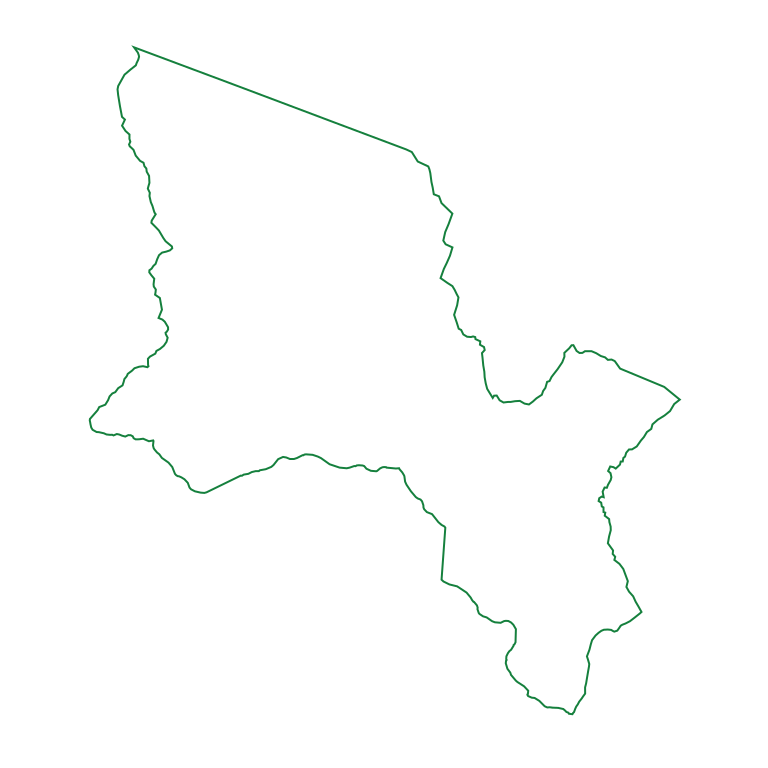 Kerowagi District, Chimbu, Papua New Guinea, rotated 276°
{"feature_id": "67681753B87075693473901", "entity_name": "Kerowagi District", "entity_type": "district", "adm_level": 2, "iso_a3": "PNG", "parent_name": "Papua New Guinea", "parent_adm1": "Chimbu", "projection": "mercator", "projection_center": [144.832, -5.936], "detail": "fine", "context": "isolated", "style": "outline", "palette": "green", "viewbox_px": 768, "rotation_deg": 276, "n_neighbors": 0, "source": "geoboundaries", "source_scale": "gbopen_adm2", "svg_char_len": 5868}
<svg xmlns="http://www.w3.org/2000/svg" viewBox="0 0 768 768"><g transform="rotate(276 384 384)"><path d="M184.2,663.9L189.2,660.4L193.8,657.0L198.9,654.0L203.1,649.4L207.5,646.3L213.4,647.1L225.1,641.3L229.7,637.0L233.1,631.5L236.3,632.0L238.9,629.2L242.4,629.2L249.0,623.3L255.9,623.8L262.3,624.8L265.9,624.3L270.2,622.6L273.2,622.0L276.1,617.3L279.2,617.5L279.6,615.7L284.2,615.2L285.0,613.4L288.7,612.4L290.0,609.7L292.9,610.0L294.8,612.3L294.4,614.3L299.8,612.7L304.1,614.2L304.1,616.5L307.2,617.3L312.2,619.5L315.1,619.9L319.0,618.6L320.9,616.0L325.6,617.6L325.3,620.9L324.1,623.3L328.5,627.1L331.6,627.5L331.9,629.5L335.5,629.8L337.0,631.3L341.0,632.1L344.5,634.5L344.9,637.5L348.3,641.9L354.6,645.4L358.4,648.0L363.7,650.5L367.3,654.5L371.9,655.2L377.1,660.0L382.0,666.3L387.0,671.3L394.4,674.7L399.4,679.8L410.4,663.0L424.0,617.2L430.8,611.2L431.1,610.6L432.1,607.8L431.4,604.1L433.6,601.1L434.5,596.7L436.8,591.9L438.3,587.0L437.6,580.4L435.7,578.1L435.3,575.2L437.0,572.1L442.4,568.3L442.1,566.5L438.9,564.5L433.8,560.1L430.0,560.6L424.2,559.0L416.9,555.1L411.8,551.9L408.5,549.9L404.2,548.3L403.2,546.0L397.0,544.9L393.7,543.0L389.8,542.1L385.7,537.1L382.1,533.9L378.8,530.3L379.2,525.8L381.4,520.9L380.6,516.1L379.4,511.8L379.1,509.1L378.1,504.8L379.9,500.7L384.3,497.3L383.9,494.7L381.5,493.6L387.1,489.3L390.0,487.1L395.3,485.1L401.2,483.4L406.7,482.5L412.8,480.8L420.1,479.3L425.0,478.2L428.3,480.6L431.2,479.6L433.1,475.3L436.5,475.3L438.2,470.3L440.2,469.8L440.6,467.6L439.8,465.6L439.7,461.7L441.6,457.7L445.8,455.1L446.8,452.5L452.8,449.9L460.1,446.5L469.9,448.5L477.9,449.0L481.0,446.9L484.9,444.5L488.5,441.8L491.2,436.4L493.6,432.1L495.2,429.2L504.7,431.5L511.0,433.8L518.5,436.2L527.0,437.8L529.4,430.7L532.8,428.0L541.5,429.0L549.7,431.5L560.6,434.2L569.9,422.3L576.4,419.1L577.9,413.7L584.4,411.9L589.8,410.1L598.6,408.0L602.3,406.7L605.0,405.3L608.8,394.3L617.6,387.4L619.6,381.6L638.8,307.8L666.2,202.8L692.7,100.2L689.5,103.1L687.8,104.6L685.5,105.7L683.9,106.2L680.9,105.7L677.2,104.4L675.0,103.9L670.2,99.0L664.5,93.6L652.6,88.5L649.2,88.2L643.6,89.4L632.6,92.4L622.3,95.5L619.9,98.7L613.5,96.5L608.6,100.5L605.5,104.8L601.2,105.2L598.4,106.4L595.6,105.4L593.8,106.3L592.5,108.1L590.7,110.4L585.2,113.2L580.4,118.1L578.9,121.7L575.5,123.0L573.5,125.1L570.4,125.8L566.4,128.6L559.5,129.7L555.7,129.0L553.6,128.7L549.7,131.1L546.4,131.1L540.5,133.1L536.9,135.1L532.1,137.1L530.4,137.9L529.0,139.2L522.2,135.9L520.0,135.8L517.5,138.9L515.6,141.2L513.1,144.1L510.0,146.4L506.1,149.3L503.1,151.9L498.6,158.7L496.8,159.2L494.5,157.1L492.9,153.6L491.5,149.6L488.6,146.8L484.4,145.4L479.6,144.3L477.3,142.3L474.4,140.8L472.6,138.8L470.5,138.9L467.8,141.3L464.7,144.5L459.1,144.4L456.8,144.9L454.1,147.2L451.3,147.2L448.9,147.0L446.1,152.1L439.5,154.0L434.7,155.4L426.1,152.9L425.6,154.5L424.9,156.9L423.0,159.5L417.9,163.3L415.6,163.6L413.3,162.5L412.2,161.4L410.7,161.8L407.4,164.0L403.2,163.3L399.0,161.0L395.4,157.5L393.1,154.2L390.3,153.4L386.8,148.4L384.4,146.6L378.1,147.4L377.1,147.9L376.0,147.0L376.5,142.5L375.6,138.7L373.6,134.2L370.9,132.0L367.3,128.1L365.9,127.7L364.6,127.2L361.8,125.3L359.0,124.9L355.3,124.1L352.1,120.1L347.8,117.6L346.2,114.8L343.0,112.4L339.1,111.3L334.3,109.0L331.3,103.2L328.0,101.9L318.5,95.2L316.9,95.2L315.1,95.8L313.3,96.3L310.1,97.4L308.0,99.0L306.2,103.2L306.3,105.5L305.7,110.6L304.8,113.3L304.8,116.9L305.1,118.9L304.6,120.4L306.3,123.5L306.1,125.9L305.7,127.3L305.2,128.9L304.7,132.2L306.4,135.0L306.6,137.4L305.7,139.6L303.9,140.7L303.0,142.7L303.4,146.1L304.4,150.2L302.5,156.2L304.0,161.1L303.6,160.7L302.2,160.7L298.7,160.7L296.2,161.6L295.0,162.5L292.2,165.4L290.6,167.9L287.3,170.8L283.3,177.9L279.3,182.1L272.8,185.5L271.6,186.8L270.8,188.4L270.8,189.7L270.0,192.2L268.4,195.5L265.2,199.2L260.7,201.4L259.1,203.1L257.5,207.2L256.8,213.0L256.9,216.7L257.7,218.8L277.9,251.1L277.9,252.3L279.2,253.9L280.5,258.5L282.6,261.7L283.9,265.4L284.3,268.7L285.2,269.5L286.9,275.3L289.8,280.6L291.9,282.6L298.2,286.6L300.9,291.2L300.7,294.5L299.6,298.2L300.0,302.3L301.3,305.2L304.7,310.5L304.7,311.3L305.5,312.2L305.9,313.8L306.1,320.4L304.9,325.8L303.7,329.1L298.5,338.3L296.2,348.6L296.3,355.7L297.2,358.5L299.3,363.0L299.3,364.3L300.2,365.5L300.6,367.6L300.7,371.3L300.3,372.9L297.9,375.4L296.3,380.0L296.4,385.4L296.8,386.2L299.7,389.0L301.0,391.1L301.4,392.7L301.5,394.8L301.1,395.2L301.2,404.7L301.8,407.8L300.9,408.3L298.0,411.4L295.2,413.5L294.4,413.9L289.1,415.2L286.2,416.9L280.1,422.0L274.9,427.4L273.7,429.5L272.9,432.4L271.3,434.1L267.6,435.8L265.2,436.2L263.6,437.1L261.1,440.0L259.6,445.4L252.3,452.5L249.9,455.9L248.6,459.0L247.5,460.0L195.4,461.7L193.8,463.8L191.5,470.0L190.4,477.9L185.2,487.9L180.7,492.5L178.3,494.2L176.7,495.8L176.7,496.3L173.5,499.6L171.4,500.5L169.8,500.5L166.1,502.2L165.3,503.0L163.3,506.8L162.6,510.5L159.4,516.3L158.6,519.2L158.7,525.0L160.8,528.3L161.2,529.9L161.3,532.4L160.1,535.3L158.1,537.8L154.0,540.8L140.9,541.8L138.8,541.0L138.0,540.2L137.2,540.2L133.0,538.2L131.4,536.6L129.3,535.4L126.0,534.2L123.1,534.3L122.7,534.7L121.9,534.7L121.5,534.3L119.0,534.3L113.7,536.5L110.1,539.8L108.0,540.7L102.8,546.1L101.6,547.8L98.0,554.9L94.0,559.5L90.7,559.5L90.3,559.1L89.9,559.1L88.7,560.0L87.5,563.7L87.5,566.6L85.1,571.6L80.3,577.5L79.4,580.2L79.8,582.4L79.8,584.8L79.7,584.9L80.1,591.1L79.5,596.3L78.1,598.3L76.9,599.7L76.4,601.7L75.4,602.4L75.3,605.9L76.4,606.4L76.5,606.4L77.6,607.3L80.9,608.1L83.3,608.9L85.6,610.2L88.4,611.3L91.9,613.5L94.2,614.7L97.1,616.4L103.3,615.7L107.3,616.3L112.6,616.6L120.5,617.1L124.5,617.4L127.0,617.4L131.4,615.6L134.3,614.3L141.2,616.1L146.8,616.9L151.0,617.7L156.0,620.7L159.0,623.4L161.3,626.0L162.6,628.4L163.2,632.3L163.2,635.6L162.3,637.5L161.8,638.9L163.1,641.8L166.3,643.6L168.4,644.7L169.5,646.2L171.1,649.3L173.8,653.4L177.7,657.5L182.6,662.5L184.2,663.9Z" fill="none" stroke="#15803d" stroke-width="2"/></g></svg>